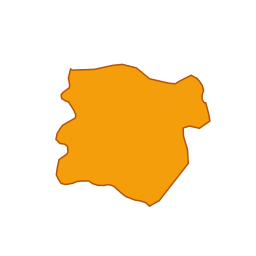 Yangsan-si, South Gyeongsang, South Korea (Robinson projection), rotated 332°
{"feature_id": "91817680B11624916188823", "entity_name": "Yangsan-si", "entity_type": "district", "adm_level": 2, "iso_a3": "KOR", "parent_name": "South Korea", "parent_adm1": "South Gyeongsang", "projection": "robinson", "projection_center": [129.018, 35.401], "detail": "fine", "context": "isolated", "style": "filled", "palette": "amber", "viewbox_px": 256, "rotation_deg": 332, "n_neighbors": 0, "source": "geoboundaries", "source_scale": "gbopen_adm2", "svg_char_len": 1132}
<svg xmlns="http://www.w3.org/2000/svg" viewBox="0 0 256 256"><g transform="rotate(332 128 128)"><path d="M105.0,48.9L98.8,56.0L96.6,62.8L95.1,64.9L88.2,65.9L84.5,67.3L83.3,70.7L85.0,74.0L87.7,77.2L88.2,82.7L88.5,87.7L88.0,92.0L86.3,94.4L75.9,94.7L71.5,94.9L67.6,96.8L62.7,99.7L59.0,104.3L60.7,109.8L64.4,112.4L65.9,115.8L63.6,121.1L61.9,122.3L52.3,123.5L46.7,130.2L43.0,135.3L42.7,135.7L42.5,140.5L43.0,145.6L45.9,148.2L48.6,149.4L53.3,150.9L57.7,151.3L61.7,152.8L65.3,154.7L68.5,156.4L70.8,160.7L73.0,162.9L74.7,164.6L79.8,167.5L83.3,168.4L85.5,169.9L88.0,172.5L91.6,182.4L93.1,185.7L94.3,188.1L96.6,190.5L100.0,194.6L102.2,196.3L104.7,198.2L108.6,202.3L110.3,207.1L113.0,207.0L121.5,206.8L127.5,204.1L164.7,187.5L167.1,182.1L170.5,174.6L171.7,168.2L173.2,161.1L176.7,153.9L183.2,155.1L190.9,161.8L203.5,160.3L205.5,154.7L208.5,142.3L207.0,141.2L207.0,137.0L209.3,133.3L212.4,130.3L213.5,125.4L213.1,120.5L212.3,116.8L208.5,111.1L197.0,110.8L190.5,111.1L185.8,108.1L180.9,104.0L170.1,94.6L163.6,78.9L152.8,69.1L143.6,65.4L126.0,60.5L119.8,57.5L106.0,50.8L105.0,48.9Z" fill="#f59e0b" stroke="#b45309" stroke-width="1.5"/></g></svg>